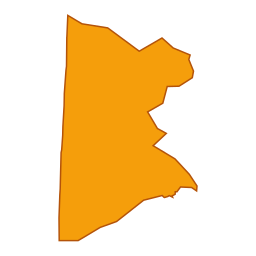 the district of Alleghany, North Carolina, United States of America, rotated 270°
{"feature_id": "52423323B93536446386656", "entity_name": "Alleghany", "entity_type": "district", "adm_level": 2, "iso_a3": "USA", "parent_name": "United States of America", "parent_adm1": "North Carolina", "projection": "equal_earth", "projection_center": [-81.137, 36.471], "detail": "fine", "context": "isolated", "style": "filled", "palette": "amber", "viewbox_px": 256, "rotation_deg": 270, "n_neighbors": 0, "source": "geoboundaries", "source_scale": "gbopen_adm2", "svg_char_len": 765}
<svg xmlns="http://www.w3.org/2000/svg" viewBox="0 0 256 256"><g transform="rotate(270 128 128)"><path d="M208.0,173.2L218.0,162.0L204.8,139.2L228.1,107.7L232.2,81.9L240.6,67.8L219.4,66.9L218.5,66.8L189.7,66.5L185.9,66.0L162.2,64.3L160.7,64.3L150.1,64.1L129.3,62.9L120.8,62.7L106.2,61.7L103.4,61.1L67.0,60.2L60.7,59.8L38.2,59.0L15.4,59.2L15.4,78.1L28.6,100.2L34.5,116.6L55.8,143.6L60.5,162.2L58.8,163.9L58.5,164.5L59.5,167.8L60.4,169.2L58.8,172.6L60.1,172.1L61.7,175.1L64.3,175.3L64.2,176.9L69.0,180.5L68.5,191.6L65.1,196.6L70.0,197.0L81.7,189.3L97.1,175.0L110.3,153.1L122.6,166.3L127.5,157.4L144.1,147.6L152.8,162.8L169.5,167.2L169.8,179.0L178.3,192.3L184.9,193.5L196.5,188.8L201.0,190.1L208.0,173.2Z" fill="#f59e0b" stroke="#b45309" stroke-width="1.5"/></g></svg>